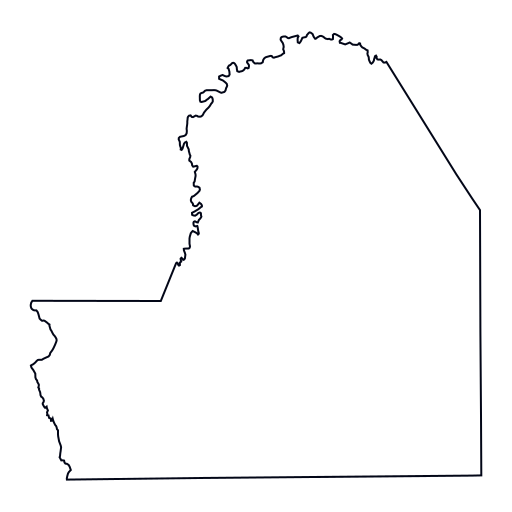 outline of Sala Krau, Krong Pailin, Cambodia
{"feature_id": "14789045B37468243401885", "entity_name": "Sala Krau", "entity_type": "district", "adm_level": 2, "iso_a3": "KHM", "parent_name": "Cambodia", "parent_adm1": "Krong Pailin", "projection": "natural_earth1", "projection_center": [102.586, 13.003], "detail": "fine", "context": "isolated", "style": "outline", "palette": "ink", "viewbox_px": 512, "rotation_deg": 0, "n_neighbors": 0, "source": "geoboundaries", "source_scale": "gbopen_adm2", "svg_char_len": 5800}
<svg xmlns="http://www.w3.org/2000/svg" viewBox="0 0 512 512"><path d="M386.4,61.9L385.0,62.6L383.5,62.5L381.4,60.1L380.3,59.5L378.5,59.6L377.4,59.4L376.5,58.0L376.7,56.8L376.0,55.6L375.0,56.2L374.5,58.1L374.1,59.2L373.9,60.5L373.3,61.7L372.5,62.8L371.4,63.7L370.3,62.8L369.4,60.9L368.9,59.6L368.8,58.1L368.6,56.8L367.7,55.1L367.4,53.5L367.7,52.4L367.6,50.4L366.0,49.7L364.5,48.5L363.3,47.9L362.3,47.4L361.6,46.7L360.9,45.8L360.2,44.7L360.1,43.5L359.2,43.2L358.1,44.4L357.2,44.9L356.1,44.9L352.6,44.6L351.6,43.8L349.7,42.5L348.4,43.1L346.7,43.8L345.2,44.4L342.5,43.5L340.9,42.9L339.9,42.8L339.6,41.2L340.2,40.2L341.5,39.5L342.1,38.5L341.3,37.6L340.1,36.7L338.6,35.8L336.6,34.7L335.2,34.1L334.1,33.9L332.9,35.0L333.0,36.2L333.0,37.8L332.9,39.1L332.0,39.5L330.8,39.5L329.1,38.8L327.9,39.1L325.9,38.7L324.7,38.0L323.5,36.9L322.1,36.2L321.1,35.9L319.8,36.0L318.4,36.8L317.3,37.4L316.1,38.5L315.2,38.8L313.9,37.1L313.3,35.9L312.7,34.2L311.5,33.2L310.6,32.6L309.5,32.4L308.6,33.1L306.9,35.1L306.5,36.4L305.7,37.1L304.4,37.3L302.4,37.8L301.0,40.9L300.3,42.0L299.4,43.1L297.8,42.4L297.6,40.2L297.7,37.9L298.5,36.4L297.7,35.5L292.0,37.0L290.5,37.5L289.0,38.2L288.0,38.1L286.3,36.9L285.2,36.4L284.3,36.5L283.3,36.5L281.5,37.1L280.8,38.0L280.6,39.7L281.5,41.2L282.7,42.9L283.4,44.8L283.7,47.0L283.4,48.1L283.2,49.4L283.8,50.6L284.1,52.1L284.1,53.2L283.0,53.7L282.2,54.4L281.0,55.4L280.0,55.7L278.0,56.5L274.9,57.3L273.9,57.7L272.6,57.3L271.7,56.0L270.4,55.9L266.1,57.1L265.3,57.5L264.1,58.5L263.2,60.0L262.7,62.3L260.9,63.4L259.0,63.5L257.3,63.3L255.9,63.5L254.8,63.4L253.3,62.0L252.6,60.4L250.8,60.1L249.2,60.3L247.7,60.5L247.1,61.4L247.1,62.5L248.8,64.8L249.0,66.1L248.6,68.0L247.7,68.4L246.6,67.9L245.2,67.9L244.2,69.6L242.6,70.9L241.4,71.3L240.3,71.5L239.1,71.9L237.3,71.2L236.9,69.4L236.7,67.0L236.1,65.8L235.1,64.1L234.3,63.2L233.4,62.8L232.3,63.0L230.2,65.1L229.2,65.4L228.4,66.4L227.6,68.0L228.6,68.8L229.4,71.7L229.6,74.6L228.6,76.1L226.4,76.5L224.7,76.0L222.6,75.0L220.9,75.6L219.1,76.5L219.1,78.8L220.8,79.6L222.8,80.4L224.5,81.7L225.8,82.8L226.8,83.9L227.2,85.7L226.7,87.0L226.2,87.9L225.9,88.9L225.5,90.5L224.4,91.9L223.1,92.3L221.4,92.8L220.5,92.5L219.5,92.0L216.5,90.5L215.2,90.2L213.6,90.1L212.1,90.2L206.6,90.2L204.9,90.8L203.9,91.9L202.8,92.7L201.7,92.9L200.5,93.5L200.0,94.4L199.8,96.0L199.9,100.3L200.4,101.7L201.6,102.0L202.6,101.7L203.9,101.4L205.5,100.9L206.5,99.9L207.8,99.1L210.6,96.6L212.1,97.5L212.7,99.1L212.8,101.3L212.2,102.6L211.3,103.5L209.8,106.0L208.5,107.6L206.4,109.6L205.5,110.7L204.0,112.6L203.0,114.6L202.4,115.5L200.8,116.6L199.1,116.7L197.9,116.5L197.1,115.9L195.7,115.6L193.0,117.1L191.7,116.9L190.6,115.4L189.0,115.7L188.1,116.7L187.7,117.6L187.5,119.8L187.3,121.2L187.3,123.3L187.1,125.0L186.8,127.0L186.6,128.9L186.8,130.3L186.8,131.7L186.6,133.4L185.6,135.1L183.9,136.0L180.0,136.8L178.8,138.0L178.7,139.4L179.8,141.8L179.9,145.0L180.4,146.8L180.9,147.9L180.7,149.5L181.6,149.9L182.5,148.7L184.0,143.8L184.8,142.6L186.3,141.8L186.9,142.7L187.0,145.8L188.7,149.3L188.9,151.3L189.4,153.0L189.8,154.6L190.4,155.7L190.2,157.0L189.3,159.1L189.3,160.6L191.0,161.9L191.9,163.5L192.2,165.4L193.2,166.7L196.8,165.8L197.5,166.5L197.5,168.0L196.9,169.4L194.8,171.9L195.5,174.2L195.6,175.9L195.0,179.0L194.6,181.5L193.7,182.8L193.8,185.5L194.6,186.3L195.6,186.6L197.0,186.5L198.3,186.9L199.5,187.7L199.9,189.6L199.5,190.8L197.5,193.0L194.0,195.9L193.2,196.3L192.0,196.7L191.3,198.1L190.9,199.4L190.9,200.7L191.3,201.8L192.4,203.0L192.9,203.8L193.1,205.3L194.6,206.1L195.9,206.1L197.1,205.6L199.4,202.7L201.1,204.0L201.9,205.4L201.9,206.5L200.8,207.2L198.4,209.2L194.4,211.6L192.0,212.8L192.1,214.8L193.3,215.4L195.1,215.7L196.7,214.7L198.4,213.0L199.9,212.5L200.9,213.2L201.0,215.3L201.4,216.6L200.9,217.6L200.0,218.8L198.9,219.9L197.8,222.5L196.8,222.3L194.9,221.3L193.8,221.8L193.4,222.9L193.6,224.8L194.0,225.7L195.4,226.4L197.3,226.0L197.6,227.0L197.9,228.8L198.2,231.0L198.7,232.7L198.8,233.7L198.0,234.5L197.2,233.5L195.7,232.5L192.7,231.0L191.9,231.8L190.8,233.2L189.8,236.6L189.5,238.4L189.5,243.8L190.0,246.3L189.7,247.7L188.8,248.5L185.1,248.6L183.8,248.8L183.9,250.3L184.9,252.9L185.4,254.7L184.9,258.4L184.2,259.5L183.2,259.9L182.5,258.7L181.4,257.8L180.6,258.7L180.8,260.1L181.2,261.6L179.8,262.6L179.9,263.8L179.9,265.1L179.0,265.6L178.2,264.8L177.8,263.6L176.9,262.6L176.1,263.2L160.8,301.0L32.4,300.8L31.2,302.7L30.7,305.1L30.8,306.4L31.2,307.9L31.8,308.9L32.5,309.4L33.4,310.1L34.8,310.4L36.4,310.4L37.7,312.1L38.5,314.4L39.6,318.6L40.7,319.7L42.1,320.8L43.8,320.5L44.9,321.0L47.3,322.8L48.2,323.7L49.5,324.5L49.4,325.6L50.5,329.5L51.3,330.6L52.4,332.8L53.4,334.6L54.6,335.9L55.7,337.5L56.5,339.1L56.6,340.6L56.2,341.9L55.0,344.9L53.6,347.9L52.8,349.4L51.9,350.8L50.9,352.1L50.2,353.1L49.8,354.9L48.5,356.5L46.4,357.4L43.4,358.8L41.8,359.8L38.8,359.8L37.8,360.0L36.7,360.9L35.3,362.5L33.3,364.2L32.1,364.8L30.9,365.5L31.4,367.4L32.0,368.4L32.7,369.2L33.4,370.2L34.3,371.8L35.3,373.6L35.4,377.4L36.0,379.2L37.1,380.5L37.3,381.9L38.8,384.5L38.8,385.8L38.3,387.6L39.1,388.4L39.0,389.5L39.4,390.5L40.1,392.1L40.3,393.2L40.5,395.1L41.2,396.7L42.2,397.3L43.3,398.7L43.9,400.7L43.6,401.9L42.7,403.3L42.8,404.3L44.1,406.7L45.1,407.8L46.6,406.6L46.9,408.2L47.9,410.5L47.0,412.3L47.3,413.4L47.1,415.2L48.5,415.4L49.1,417.9L50.8,418.5L51.0,420.8L51.9,420.7L52.7,418.7L53.1,420.3L53.8,422.1L54.2,423.0L55.2,425.0L56.1,426.0L56.6,427.3L57.0,429.2L58.0,430.3L58.0,434.5L58.2,436.5L59.1,441.3L60.7,445.5L61.1,447.3L60.6,451.3L60.3,453.2L60.0,456.2L59.6,457.2L61.3,460.4L62.6,460.3L64.1,460.6L64.5,462.5L65.4,463.6L66.9,463.8L68.6,464.9L69.6,466.6L70.8,470.0L68.9,472.0L68.0,473.5L67.3,476.0L66.8,478.4L66.9,479.6L199.4,478.0L471.9,475.6L481.3,475.4L481.0,414.9L480.4,332.0L480.0,210.1L472.3,198.7L456.3,174.3L386.4,61.9Z" fill="none" stroke="#020617" stroke-width="2"/></svg>